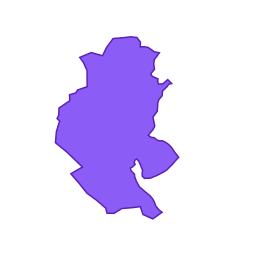 Chimbay, Karakalpakstan, Uzbekistan, rotated 226°
{"feature_id": "79887680B3643857389786", "entity_name": "Chimbay", "entity_type": "district", "adm_level": 2, "iso_a3": "UZB", "parent_name": "Uzbekistan", "parent_adm1": "Karakalpakstan", "projection": "robinson", "projection_center": [59.5, 43.045], "detail": "fine", "context": "isolated", "style": "filled", "palette": "violet", "viewbox_px": 256, "rotation_deg": 226, "n_neighbors": 0, "source": "geoboundaries", "source_scale": "gbopen_adm2", "svg_char_len": 1376}
<svg xmlns="http://www.w3.org/2000/svg" viewBox="0 0 256 256"><g transform="rotate(226 128 128)"><path d="M167.8,65.6L153.3,67.3L131.6,68.1L134.8,55.1L122.3,54.4L109.5,53.2L97.9,55.2L85.8,56.3L81.3,53.7L76.3,58.7L74.4,67.6L67.6,75.9L62.9,82.2L55.3,78.7L45.4,82.7L43.7,94.0L47.3,93.4L52.5,93.8L56.3,95.5L59.8,96.5L64.4,96.8L69.7,96.1L77.9,95.4L83.9,97.0L88.7,99.2L90.2,100.6L93.4,100.5L95.6,100.6L97.5,102.0L96.8,104.4L96.9,107.9L98.9,108.5L100.0,110.6L99.8,112.6L96.9,112.8L93.1,111.4L89.8,110.0L87.2,109.0L86.2,107.3L83.5,104.8L80.4,104.8L76.4,109.2L73.6,116.3L71.6,123.1L70.9,126.7L71.0,135.0L71.5,139.8L71.7,144.1L78.2,144.8L83.5,145.8L88.0,145.8L92.4,144.9L95.2,143.7L96.5,142.1L98.9,140.6L103.1,140.0L104.9,138.3L108.7,137.5L109.5,145.1L110.8,148.6L118.5,153.5L119.7,160.7L122.8,164.1L125.2,166.6L127.0,170.0L127.5,175.0L130.6,178.5L130.6,184.6L131.2,187.8L129.6,190.3L135.2,190.2L135.6,183.6L138.4,180.5L140.9,181.7L142.5,183.7L148.4,181.3L151.2,182.1L151.8,187.8L156.3,191.1L158.9,194.5L160.3,202.8L164.7,199.8L171.9,198.5L175.2,196.1L177.8,193.2L181.2,196.6L186.9,197.3L191.9,193.1L195.4,188.4L202.7,179.4L200.8,168.4L197.7,159.9L207.8,153.9L212.3,142.3L206.3,141.5L197.8,138.5L186.1,127.3L190.4,118.1L189.5,115.0L192.5,109.0L188.1,105.1L190.3,92.2L185.4,87.2L184.0,83.5L180.6,83.7L175.1,73.9L167.8,65.6Z" fill="#8b5cf6" stroke="#5b21b6" stroke-width="1.5"/></g></svg>